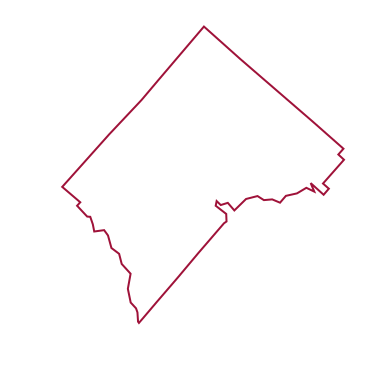 outline of Lawrence, Arkansas, United States of America, rotated 130°
{"feature_id": "52423323B35543237136284", "entity_name": "Lawrence", "entity_type": "district", "adm_level": 2, "iso_a3": "USA", "parent_name": "United States of America", "parent_adm1": "Arkansas", "projection": "orthographic", "projection_center": [-91.031, 36.069], "detail": "fine", "context": "isolated", "style": "outline", "palette": "rose", "viewbox_px": 384, "rotation_deg": 130, "n_neighbors": 0, "source": "geoboundaries", "source_scale": "gbopen_adm2", "svg_char_len": 803}
<svg xmlns="http://www.w3.org/2000/svg" viewBox="0 0 384 384"><g transform="rotate(130 192 192)"><path d="M201.0,292.5L271.5,294.7L271.7,271.0L276.4,271.2L278.2,256.5L276.4,254.0L280.5,247.2L285.1,241.5L277.7,234.8L279.3,228.4L286.7,217.7L286.2,208.1L292.3,199.6L294.1,186.5L307.4,178.9L316.1,167.9L317.1,160.1L319.3,156.4L326.0,150.0L326.4,148.5L317.0,148.4L298.9,148.3L267.0,147.9L234.4,147.9L195.4,147.4L192.4,146.6L186.8,151.7L187.3,165.0L183.1,167.3L183.5,161.6L177.3,157.6L178.9,147.7L162.6,146.1L153.0,139.2L152.0,131.7L146.1,125.8L143.6,117.7L134.6,117.6L125.6,110.7L115.3,107.1L113.1,98.6L108.9,106.8L109.5,89.4L101.5,89.3L101.3,97.1L69.6,96.3L69.2,104.0L61.5,103.8L60.5,143.6L59.1,240.8L57.6,289.2L127.7,289.7L154.0,289.8L201.0,292.5Z" fill="none" stroke="#9f1239" stroke-width="2"/></g></svg>